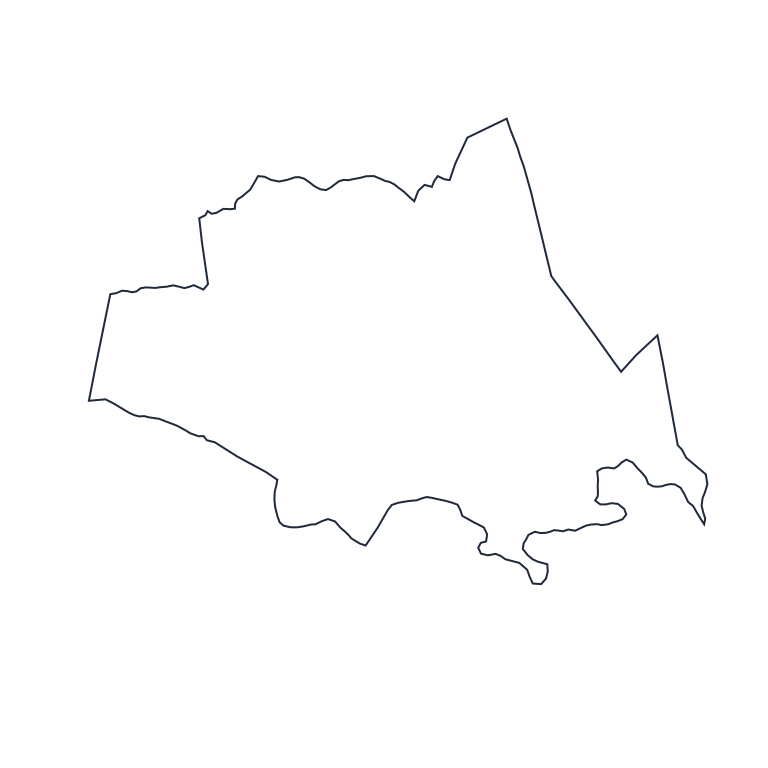 Kabete, Central, Kenya, rotated 166°
{"feature_id": "3690345B91276718043628", "entity_name": "Kabete", "entity_type": "district", "adm_level": 2, "iso_a3": "KEN", "parent_name": "Kenya", "parent_adm1": "Central", "projection": "robinson", "projection_center": [36.694, -1.21], "detail": "fine", "context": "isolated", "style": "outline", "palette": "slate", "viewbox_px": 768, "rotation_deg": 166, "n_neighbors": 0, "source": "geoboundaries", "source_scale": "gbopen_adm2", "svg_char_len": 3246}
<svg xmlns="http://www.w3.org/2000/svg" viewBox="0 0 768 768"><g transform="rotate(166 384 384)"><path d="M440.9,231.7L424.3,246.7L411.2,260.4L405.7,264.8L398.8,265.3L390.7,264.7L385.0,264.0L380.6,263.2L374.8,263.9L369.8,264.0L365.0,261.9L358.4,258.6L352.5,255.7L346.5,252.3L341.8,249.1L340.5,243.8L339.9,237.0L335.2,232.7L330.7,228.4L326.1,224.5L321.8,220.5L320.3,213.2L323.0,206.6L328.6,206.4L332.2,202.3L330.9,195.9L324.5,192.6L316.9,192.2L312.3,188.9L308.7,184.6L301.9,180.9L296.0,177.7L293.2,173.7L290.0,169.1L289.3,161.8L287.9,154.4L279.9,151.8L273.8,156.1L270.4,162.6L269.2,169.6L277.9,174.5L282.0,177.8L286.0,183.2L289.2,190.3L287.1,195.6L283.9,198.6L280.3,202.7L273.5,204.1L268.1,201.5L263.5,200.5L259.2,200.4L254.4,201.0L250.4,199.7L246.1,197.8L240.3,198.2L234.1,195.4L227.0,196.8L222.1,197.7L216.7,197.5L211.0,196.4L206.9,194.4L200.5,193.7L195.6,194.3L190.8,194.4L185.2,195.1L180.5,198.8L181.1,204.6L186.1,211.1L192.0,213.3L197.8,213.5L203.3,214.9L207.3,219.8L203.7,223.5L202.4,228.0L201.3,233.5L199.5,239.1L198.3,247.7L193.1,249.4L187.0,248.8L181.2,246.4L176.6,247.8L172.7,250.3L167.1,252.0L161.7,247.6L158.2,240.5L155.4,235.8L152.5,229.9L151.8,223.3L147.5,219.5L143.0,218.1L138.8,217.5L134.5,217.9L129.9,217.5L125.9,216.1L121.3,211.5L119.3,204.9L117.4,195.8L113.6,190.9L111.7,184.0L109.3,176.3L107.3,170.5L104.9,175.7L105.3,181.6L105.3,189.0L102.5,196.2L98.5,201.7L94.5,208.5L93.6,218.4L97.3,223.7L100.2,227.6L108.6,239.3L110.8,248.3L113.8,253.5L113.1,263.9L112.3,276.7L111.5,288.8L109.8,315.3L108.3,336.4L106.9,365.1L132.2,351.1L151.0,338.5L156.1,351.1L166.5,377.6L176.5,402.2L181.7,415.0L184.5,421.9L193.7,443.5L195.6,448.3L195.5,456.3L195.4,474.7L195.3,481.8L195.2,499.4L195.1,520.9L194.9,532.3L195.7,560.8L196.9,572.6L197.2,580.2L199.8,599.7L200.8,611.8L243.5,602.9L261.6,580.5L271.0,565.9L275.9,568.1L281.6,572.7L286.1,568.9L289.9,563.7L296.5,567.4L304.1,563.1L310.4,554.0L313.8,558.8L318.2,565.8L322.5,571.0L325.7,575.2L329.8,578.8L333.6,580.6L337.4,583.7L343.5,588.2L351.1,589.9L357.6,589.8L363.5,590.2L369.3,590.4L373.7,591.8L378.8,591.6L388.3,587.5L393.4,586.2L398.6,588.3L403.7,592.8L407.2,597.3L411.7,602.5L416.2,605.2L420.3,606.1L428.0,605.5L436.7,605.8L444.1,609.3L449.8,614.0L455.9,616.2L463.0,608.8L466.9,604.9L476.3,600.3L481.6,598.5L484.8,595.0L486.2,590.2L490.8,590.8L497.5,592.8L505.3,590.6L510.1,590.9L513.3,594.4L516.5,591.0L523.2,589.5L526.4,565.2L530.6,523.5L536.4,519.3L544.7,525.9L549.4,525.4L554.4,525.3L559.1,527.9L564.7,530.7L571.4,531.0L578.1,532.1L582.5,532.5L591.5,535.3L596.9,535.8L601.8,533.7L606.4,534.0L610.3,536.1L615.7,537.9L621.9,536.9L627.8,537.4L659.1,471.9L674.4,439.1L657.9,436.5L653.8,432.9L649.7,429.2L643.6,423.0L637.9,417.4L633.9,414.2L629.2,411.7L624.5,410.9L620.1,408.5L614.7,406.3L610.7,404.7L604.7,400.4L600.0,397.2L594.7,393.4L588.6,387.8L583.6,382.8L576.4,378.1L571.6,377.1L569.6,372.4L562.2,368.3L544.3,349.5L537.1,342.9L520.0,327.3L510.7,316.9L513.1,311.5L516.0,306.1L518.2,298.9L519.4,291.0L519.4,281.9L518.7,275.0L515.7,270.8L509.4,267.6L503.2,266.0L497.2,265.4L492.8,265.3L488.6,265.3L484.5,264.5L477.5,265.9L471.0,266.5L464.8,262.5L461.0,255.1L457.7,250.4L455.1,246.4L453.0,242.1L449.9,238.9L445.9,234.9L440.9,231.7Z" fill="none" stroke="#1e293b" stroke-width="2"/></g></svg>